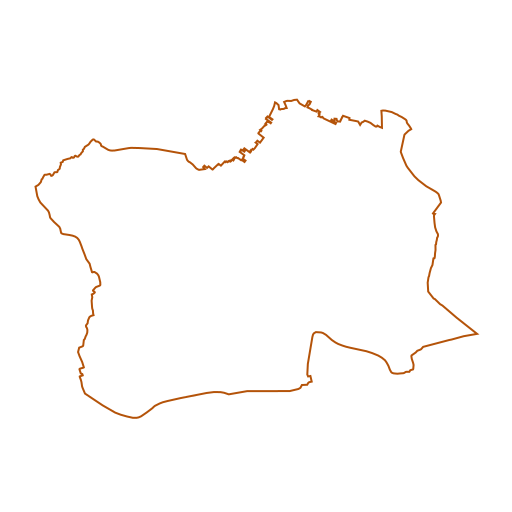 the district of Bang Ban, Phra Nakhon Si Ayutthaya, Thailand, rotated 266°
{"feature_id": "78962969B93937525115566", "entity_name": "Bang Ban", "entity_type": "district", "adm_level": 2, "iso_a3": "THA", "parent_name": "Thailand", "parent_adm1": "Phra Nakhon Si Ayutthaya", "projection": "albers", "projection_center": [100.482, 14.383], "detail": "fine", "context": "isolated", "style": "outline", "palette": "amber", "viewbox_px": 512, "rotation_deg": 266, "n_neighbors": 0, "source": "geoboundaries", "source_scale": "gbopen_adm2", "svg_char_len": 5999}
<svg xmlns="http://www.w3.org/2000/svg" viewBox="0 0 512 512"><g transform="rotate(266 256 256)"><path d="M362.7,192.4L369.6,164.8L371.8,147.5L372.6,138.9L372.5,136.4L371.1,122.3L371.2,119.5L371.5,117.8L372.2,116.0L375.8,110.8L376.4,109.6L377.0,109.2L378.3,109.0L378.9,108.7L380.1,107.6L381.1,106.2L381.4,104.4L383.4,102.6L383.6,102.2L383.6,101.5L383.4,101.1L381.5,98.9L379.7,97.5L378.8,96.6L376.8,92.9L374.9,91.8L374.1,90.7L372.5,90.6L370.8,88.8L369.6,88.1L369.1,87.0L367.6,85.7L367.5,85.2L367.6,84.6L367.9,83.9L368.6,82.9L368.6,82.6L368.3,82.1L367.0,81.3L366.8,80.8L366.8,80.0L367.5,79.2L367.5,78.8L366.4,77.6L366.0,74.9L364.9,70.4L363.3,69.7L362.7,67.7L360.9,67.8L358.5,66.6L356.9,66.3L356.5,66.0L355.5,64.4L353.7,63.7L353.5,63.3L353.6,61.3L353.5,60.8L350.9,59.0L350.2,57.8L350.4,57.1L351.7,56.6L352.3,55.9L351.7,52.7L351.8,51.2L351.7,50.7L349.4,49.1L347.9,48.3L347.4,47.5L344.9,46.6L344.3,46.1L342.1,43.9L340.6,40.9L330.9,42.0L327.6,43.1L324.4,44.6L315.7,51.7L313.9,52.5L311.3,53.0L308.8,53.3L307.9,53.8L303.9,57.0L298.8,61.8L296.9,62.6L292.7,63.2L292.1,63.7L291.3,65.3L290.0,71.2L289.1,74.4L288.0,76.9L286.5,78.9L284.6,80.3L282.5,81.2L277.6,82.7L275.6,83.2L269.6,85.1L264.7,86.5L259.9,89.5L256.5,90.1L251.3,91.3L251.1,91.7L251.4,93.1L251.3,93.8L249.5,96.2L247.7,97.4L246.2,97.9L240.7,98.8L238.1,98.7L237.6,98.4L237.2,97.6L236.2,94.3L235.5,93.4L233.1,91.0L232.7,91.0L231.4,92.5L230.8,92.6L229.7,91.2L229.1,89.5L226.3,89.8L222.9,88.9L216.2,88.9L214.8,89.0L213.1,89.5L210.1,89.5L208.3,89.8L207.8,87.5L206.9,85.8L206.0,85.2L203.4,83.9L200.6,83.3L198.8,81.7L198.3,81.5L197.2,81.6L196.4,82.1L194.6,82.6L193.4,82.6L191.3,82.3L189.2,81.4L187.6,80.4L185.2,79.4L184.2,78.4L178.8,77.4L178.2,77.0L177.9,76.4L176.9,73.2L172.6,71.8L168.4,73.0L162.4,75.2L156.9,76.5L156.7,76.2L155.9,72.6L155.6,72.1L155.2,72.0L151.1,73.0L150.4,74.4L150.1,74.6L149.0,74.8L148.2,71.8L147.9,71.7L144.4,72.7L142.3,73.1L138.1,73.4L136.6,73.8L130.7,75.8L117.7,92.6L109.6,104.6L107.1,110.0L104.9,116.1L103.2,121.8L102.9,125.5L103.2,127.7L104.1,130.2L107.5,136.0L111.4,142.0L112.7,143.5L113.6,144.8L115.6,149.6L116.6,152.8L117.5,157.6L119.5,170.7L122.8,197.2L123.2,204.4L122.7,211.0L121.8,214.6L119.9,219.2L121.8,237.6L118.9,280.2L120.4,289.1L121.4,291.1L124.1,292.8L124.0,298.1L125.7,299.2L126.4,300.2L126.8,302.8L132.5,301.9L132.2,299.6L134.2,298.9L144.8,300.2L171.3,306.6L173.6,307.4L174.8,308.3L175.9,310.4L175.2,315.6L174.5,317.4L172.4,320.4L166.9,325.8L164.2,329.2L162.5,331.9L160.6,336.0L159.2,339.5L157.9,343.6L153.3,359.5L151.1,365.0L148.2,370.9L145.8,374.4L143.0,377.4L140.9,378.7L138.6,379.8L137.0,380.5L133.3,381.6L130.7,382.8L129.9,383.7L129.3,385.2L128.7,388.8L128.8,392.1L128.8,394.8L129.0,395.6L129.9,397.3L130.0,398.0L129.8,400.9L131.3,402.0L131.9,404.7L132.5,405.0L136.3,405.6L138.3,405.3L142.6,404.2L145.3,404.0L146.0,404.3L148.6,408.6L150.2,410.3L151.1,413.3L151.5,414.2L153.7,416.4L158.7,442.8L159.0,445.2L161.5,457.6L162.9,471.1L180.4,451.9L193.6,438.5L195.1,436.3L200.5,431.5L201.2,430.2L208.5,425.3L217.4,425.4L222.8,426.6L223.8,427.2L226.9,428.0L231.8,429.7L234.7,431.4L241.1,432.8L241.3,432.9L241.3,433.8L241.5,434.0L243.1,434.4L246.2,434.8L249.4,435.5L254.5,435.8L255.1,436.4L257.4,436.8L259.1,437.4L261.7,438.0L262.6,438.7L263.8,439.0L265.1,439.0L268.0,437.7L272.0,436.7L276.6,436.4L283.3,436.3L284.3,436.5L285.4,437.4L285.7,435.9L286.1,435.5L296.4,444.3L298.3,444.1L303.3,442.9L304.4,442.6L305.3,442.2L306.7,440.8L307.7,439.6L313.7,430.7L320.4,423.2L324.3,419.7L325.6,418.8L333.5,413.5L335.7,412.3L343.6,409.5L349.3,407.8L350.0,407.7L366.5,412.5L367.0,412.9L370.3,416.9L371.7,419.7L372.3,419.5L375.4,417.8L377.7,416.2L378.7,415.8L380.5,415.6L381.1,415.3L381.9,414.5L384.5,411.0L386.0,408.3L387.2,406.9L388.0,405.1L390.1,401.5L392.0,395.2L392.3,392.8L392.1,391.2L386.6,391.2L375.1,390.6L376.1,388.5L377.6,386.2L376.7,385.4L376.8,384.3L378.4,382.2L380.8,379.5L382.3,376.7L383.4,373.9L382.4,372.4L381.8,370.7L379.5,369.0L383.0,367.3L383.5,365.7L385.4,358.6L387.1,358.9L389.8,352.6L388.0,351.5L388.1,351.4L386.0,350.3L386.1,350.2L385.8,350.0L384.2,349.3L384.6,346.9L385.5,346.2L387.2,345.9L387.5,343.9L385.8,343.6L385.6,343.8L385.0,343.4L386.8,340.9L386.0,340.4L383.3,345.2L382.1,344.5L388.4,333.3L388.7,332.9L390.2,331.9L390.2,331.6L389.7,330.6L390.8,329.0L391.0,328.2L392.3,329.2L393.0,328.7L393.5,329.2L394.2,328.5L395.2,329.9L397.3,327.4L395.8,326.5L397.7,322.1L398.0,322.2L399.5,319.9L400.7,317.7L402.4,318.5L403.3,319.6L403.7,319.8L403.7,320.1L406.0,321.4L406.9,320.0L406.4,319.6L406.7,318.8L403.2,316.6L401.8,315.2L405.2,310.1L409.1,307.8L409.0,304.9L408.2,301.9L408.6,298.3L408.5,297.1L407.7,294.8L404.5,296.0L401.5,296.9L401.4,295.1L400.8,294.0L400.8,291.1L400.4,290.5L400.8,289.3L405.0,289.0L407.1,287.0L407.9,285.7L404.4,284.6L401.3,283.1L393.8,278.7L391.2,281.9L390.7,281.4L394.4,277.2L393.3,276.0L393.1,276.4L392.0,275.5L388.0,280.4L387.4,279.9L389.2,277.9L388.8,277.5L389.4,276.6L387.4,274.7L386.7,275.4L386.1,274.4L385.8,274.8L384.9,273.1L382.6,270.7L381.6,269.0L380.6,270.1L380.1,269.7L380.4,269.2L380.0,268.4L378.3,266.9L378.0,267.0L373.5,271.9L368.8,267.9L370.9,265.4L369.5,264.1L369.2,263.6L367.5,265.4L363.6,262.3L362.3,260.8L363.0,260.0L361.7,258.8L362.1,258.4L361.1,257.5L360.4,258.1L359.6,257.3L364.2,251.9L363.3,251.1L362.1,252.6L360.9,251.6L362.8,249.3L362.4,249.0L363.0,248.3L361.0,247.0L357.3,251.4L356.7,251.0L355.9,250.5L355.7,250.7L354.9,250.0L354.0,249.7L351.9,252.2L350.6,251.1L353.0,248.3L352.6,247.8L355.0,244.9L354.9,244.2L355.9,243.1L355.4,242.5L355.9,241.8L355.1,241.1L355.4,240.7L354.5,239.7L353.7,240.7L352.9,240.1L353.8,239.0L352.7,238.0L353.1,237.7L352.1,236.9L352.8,236.2L352.1,235.4L352.5,235.0L351.6,233.9L352.5,232.8L351.8,232.0L352.4,231.4L348.6,227.3L350.4,225.2L349.8,224.6L350.0,224.4L346.5,220.1L345.4,219.0L345.3,218.6L348.7,215.0L347.3,213.3L349.7,210.8L348.4,209.5L346.3,211.0L345.9,205.3L346.1,204.7L347.3,202.8L347.9,202.2L351.7,199.3L354.3,196.4L354.7,195.5L355.6,194.7L356.8,193.9L362.7,192.4Z" fill="none" stroke="#b45309" stroke-width="2"/></g></svg>